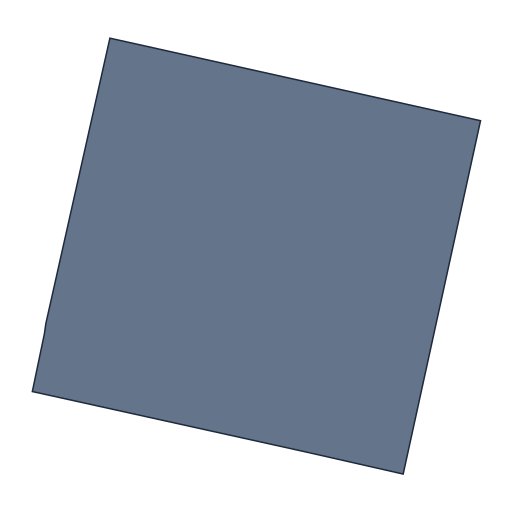 outline of Nolan, Texas, United States of America, rotated 102°
{"feature_id": "52423323B36812497972126", "entity_name": "Nolan", "entity_type": "district", "adm_level": 2, "iso_a3": "USA", "parent_name": "United States of America", "parent_adm1": "Texas", "projection": "natural_earth1", "projection_center": [-100.301, 32.303], "detail": "fine", "context": "isolated", "style": "filled", "palette": "slate", "viewbox_px": 512, "rotation_deg": 102, "n_neighbors": 0, "source": "geoboundaries", "source_scale": "gbopen_adm2", "svg_char_len": 262}
<svg xmlns="http://www.w3.org/2000/svg" viewBox="0 0 512 512"><g transform="rotate(102 256 256)"><path d="M438.7,66.7L77.0,64.5L73.3,444.2L365.7,447.5L376.4,446.8L435.1,446.6L437.3,168.4L438.7,66.7Z" fill="#64748b" stroke="#1e293b" stroke-width="1.5"/></g></svg>